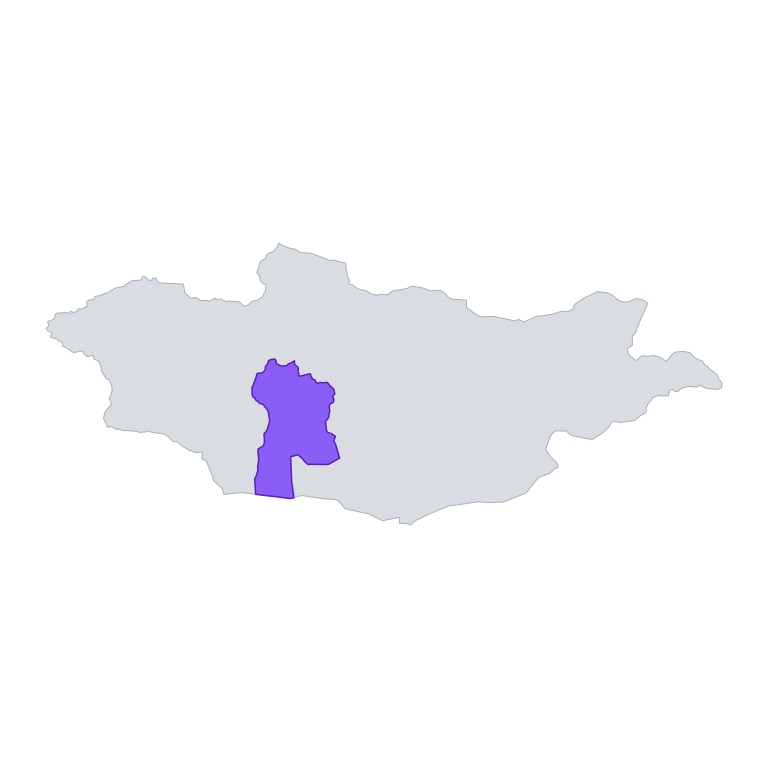 Mongolia, with Bayanhongor highlighted
{"feature_id": "MNG-3317", "entity_name": "Bayanhongor", "entity_type": "Province", "adm_level": 1, "iso_a3": "MNG", "parent_name": "Mongolia", "parent_adm1": "", "projection": "natural_earth1", "projection_center": [99.6, 45.149], "detail": "fine", "context": "in_parent", "style": "filled", "palette": "violet", "viewbox_px": 768, "rotation_deg": 0, "n_neighbors": 0, "source": "natural_earth", "source_scale": "10m", "svg_char_len": 6915}
<svg xmlns="http://www.w3.org/2000/svg" viewBox="0 0 768 768"><path d="M48.0,321.1L50.5,321.0L54.4,318.6L55.0,315.2L56.2,313.4L65.4,312.4L69.5,313.4L70.3,311.3L71.1,311.0L73.2,312.8L75.4,312.0L76.9,311.2L78.3,308.7L81.5,309.1L87.0,306.3L87.0,301.4L89.1,300.2L94.0,299.2L94.6,297.0L95.7,296.3L99.3,295.7L105.4,293.2L108.3,292.9L110.6,290.7L116.1,287.8L124.3,286.4L125.0,285.0L132.5,280.5L140.5,280.3L142.8,276.4L144.0,276.0L149.5,280.6L151.8,280.0L152.7,278.2L156.1,278.2L157.4,281.5L159.3,282.9L182.9,284.1L183.6,285.3L184.9,293.0L189.1,296.5L190.1,298.2L196.7,297.7L200.4,300.5L206.1,300.4L208.9,301.2L214.5,298.5L215.8,298.5L217.5,299.9L220.2,298.9L225.3,301.4L229.3,301.0L231.2,302.0L233.5,301.2L239.2,301.9L243.8,306.0L246.9,305.7L250.7,303.0L251.7,301.2L257.2,300.2L260.3,298.4L262.4,296.8L265.5,290.8L266.1,284.7L263.4,283.8L261.0,281.8L259.6,278.5L259.5,276.2L256.9,272.8L257.1,271.0L258.7,268.0L259.4,263.2L261.3,260.6L265.1,259.1L265.5,257.2L267.8,253.5L273.8,251.3L277.1,247.2L279.0,243.0L281.8,245.2L289.5,248.1L295.9,249.5L300.0,252.5L311.2,253.3L330.0,260.5L333.9,260.1L345.1,263.1L346.0,264.1L346.0,269.6L346.9,271.1L347.4,276.9L349.5,279.8L348.9,283.3L350.0,284.4L352.7,284.9L357.2,288.6L367.1,291.1L370.1,293.5L376.9,295.2L380.4,294.2L386.2,294.7L388.2,294.3L391.8,291.5L394.1,290.7L407.0,288.5L410.5,286.6L412.9,286.3L423.2,288.1L430.3,290.8L440.5,290.5L445.4,293.6L447.5,296.5L451.6,299.1L465.8,300.2L466.5,300.8L466.5,307.0L467.2,308.0L476.6,314.8L481.0,316.8L493.9,316.5L514.2,320.8L518.9,319.5L523.2,321.7L524.8,321.6L537.6,315.9L539.5,316.3L552.9,314.1L561.4,311.2L567.9,311.5L572.9,309.0L574.9,304.2L583.0,298.6L597.5,291.6L606.8,292.6L612.4,295.2L618.4,300.2L621.7,301.6L627.7,302.0L636.1,298.5L640.6,299.4L644.9,300.9L647.8,303.5L636.3,329.6L636.3,331.2L632.4,336.6L632.3,345.4L627.1,348.5L628.1,353.5L629.5,355.4L635.7,360.4L637.7,359.7L639.2,357.6L642.4,355.8L648.3,356.3L653.5,355.5L660.1,357.2L666.3,361.3L674.4,352.3L682.2,351.3L689.7,352.5L695.7,358.5L702.7,361.3L704.6,364.7L707.5,366.1L708.3,367.8L717.1,374.8L719.1,379.4L721.7,382.6L721.9,386.0L721.5,387.6L718.2,389.4L706.6,388.5L699.7,385.2L697.2,387.1L688.4,386.4L683.5,387.7L680.2,389.0L678.4,391.2L676.9,391.7L675.4,391.6L672.6,389.8L670.3,389.9L669.7,390.3L668.6,395.9L661.1,395.9L658.5,395.2L652.4,397.9L651.6,400.0L648.4,403.1L645.8,408.7L646.5,411.1L645.7,412.7L640.3,415.7L635.2,420.2L624.3,422.1L619.2,422.4L615.3,421.3L611.5,422.1L608.8,427.1L602.0,433.4L591.8,439.5L572.8,435.8L570.5,434.8L566.3,431.0L555.4,430.9L552.4,433.4L549.8,437.3L545.7,449.7L550.3,456.7L555.6,461.4L557.7,464.7L557.9,467.5L554.5,468.7L549.9,473.3L538.5,477.5L526.1,492.9L503.6,502.0L489.5,502.6L478.4,501.8L448.2,506.1L428.9,514.1L414.6,521.1L411.5,524.4L410.0,525.0L407.4,523.7L399.5,523.2L399.4,517.3L382.4,520.7L368.5,513.8L348.7,509.7L344.7,508.1L337.9,500.4L334.3,499.3L325.6,499.0L301.7,495.5L290.6,498.5L241.8,492.5L224.2,494.4L223.5,493.6L222.4,488.7L214.1,481.2L213.0,479.3L212.7,476.4L206.2,460.9L201.9,458.6L202.5,452.1L196.1,452.6L188.9,450.2L181.6,445.6L178.1,442.2L173.0,441.4L166.7,435.3L163.8,434.1L148.3,431.6L140.5,432.4L132.2,430.8L122.7,430.5L119.7,429.2L116.9,429.4L111.5,426.7L107.8,427.3L103.5,418.4L104.7,412.9L106.7,409.6L111.2,404.7L111.2,402.8L109.5,398.4L112.3,390.4L111.6,385.5L109.3,380.0L106.1,378.7L101.8,371.1L100.5,365.3L98.7,361.2L94.0,358.8L92.6,355.3L91.2,355.1L90.1,356.2L87.3,356.6L84.5,354.5L83.0,351.9L81.3,351.2L78.1,351.4L75.3,352.5L72.2,352.0L69.6,349.6L62.6,346.1L62.5,343.6L61.6,341.8L59.4,341.3L57.4,339.4L50.6,337.2L50.5,335.9L52.4,333.2L47.8,330.9L46.1,328.5L48.9,325.4L47.9,323.2L48.0,321.1Z" fill="#d9dde1" stroke="#a8b0b8" stroke-width="1"/><path d="M290.7,498.6L282.0,497.5L273.2,496.4L264.5,495.4L255.7,494.3L254.7,480.0L254.7,479.2L254.9,478.5L256.0,476.4L257.6,471.3L257.8,470.5L257.9,469.6L257.6,467.2L258.7,459.8L258.7,458.9L258.0,452.0L258.0,449.6L258.2,449.0L258.5,448.6L261.2,447.3L262.3,446.6L262.7,446.2L263.1,445.8L263.6,445.1L263.9,444.3L264.3,443.0L264.4,442.2L264.4,439.4L264.1,435.9L264.0,435.0L264.1,434.0L264.3,433.4L264.6,432.9L264.9,432.6L265.8,432.0L266.1,431.7L266.8,430.5L269.2,422.9L269.5,421.5L269.6,420.4L268.4,412.8L268.1,411.2L267.5,410.1L263.5,405.0L262.7,404.2L262.3,404.1L261.8,403.9L261.1,403.8L260.1,403.5L259.6,403.3L259.1,402.9L258.3,402.0L257.8,401.4L255.9,400.2L255.5,399.7L255.1,398.5L254.7,398.0L254.3,397.7L253.4,397.2L253.0,396.9L252.9,396.6L252.4,395.3L252.2,394.7L252.1,394.1L252.0,393.4L252.2,391.2L252.0,389.4L251.9,387.9L252.1,387.3L253.0,385.4L256.3,376.5L256.5,375.7L256.6,374.8L256.8,374.1L257.1,373.6L257.7,373.3L258.5,373.2L260.4,373.1L261.8,372.9L263.0,372.4L264.8,370.2L265.3,369.1L265.6,368.3L265.5,367.8L265.3,367.3L265.4,366.7L265.7,366.2L266.6,365.3L267.2,364.5L267.6,363.8L267.8,363.3L268.0,362.8L268.1,362.1L268.1,361.8L268.1,361.6L268.0,361.4L269.4,360.3L270.2,359.8L272.3,359.3L274.0,359.1L274.4,359.2L274.8,359.3L275.1,359.4L275.4,359.6L275.7,359.9L276.1,361.1L276.2,362.8L276.4,363.3L276.8,363.7L280.5,365.8L281.1,366.0L281.7,366.0L284.3,365.9L286.0,365.7L286.6,365.5L287.0,365.3L287.4,365.0L288.5,363.8L288.9,363.6L289.4,363.4L290.8,363.2L291.2,363.0L291.6,362.7L292.0,362.3L292.5,361.8L294.0,361.1L294.5,361.0L294.5,363.1L294.6,363.9L294.9,364.6L295.3,365.0L295.9,365.6L297.5,366.7L298.0,367.3L298.3,368.0L298.4,368.6L298.3,369.3L298.2,370.6L298.1,371.3L298.2,372.1L298.4,372.5L298.7,373.0L298.8,373.4L298.8,373.8L298.8,374.3L298.8,374.9L298.9,375.5L299.1,376.0L299.5,376.2L299.9,376.2L301.8,375.8L309.2,373.9L309.9,373.8L310.3,373.8L310.5,374.1L310.8,375.7L311.1,376.4L311.6,377.1L311.9,377.8L312.2,378.8L312.4,379.0L312.6,379.1L313.7,379.4L314.3,379.6L315.1,380.1L315.4,380.6L315.9,381.8L316.2,382.5L316.5,382.8L316.9,383.1L318.5,383.0L320.0,382.5L320.8,382.5L323.1,382.9L324.1,382.8L326.7,382.3L327.2,382.5L328.5,383.7L329.3,385.0L329.6,385.4L332.0,387.4L334.0,389.6L334.2,391.8L334.3,392.2L334.5,392.7L334.7,393.1L334.9,393.5L334.8,393.9L332.9,396.1L332.6,396.8L332.8,397.3L333.1,397.5L333.4,398.0L333.6,398.6L333.8,400.0L333.8,401.1L333.7,401.6L333.5,401.9L333.1,402.4L332.6,402.8L331.9,403.1L330.8,403.5L330.4,403.8L330.0,404.3L329.7,404.8L329.4,405.5L329.3,406.1L329.3,408.4L329.6,409.8L329.7,410.7L329.7,411.8L328.8,414.7L328.8,416.1L328.8,416.7L328.1,418.4L327.1,419.7L325.9,420.7L325.7,421.1L325.5,421.5L325.5,422.0L325.8,423.4L325.9,424.0L325.8,424.8L325.9,425.2L326.0,425.7L326.2,428.5L326.4,429.5L326.7,430.8L326.9,431.3L327.2,431.9L327.6,432.3L328.2,432.6L330.8,433.4L332.2,434.1L333.0,434.8L335.0,435.9L335.4,436.6L334.9,438.1L334.0,440.0L334.0,440.3L333.9,440.7L334.0,441.2L334.3,441.9L335.3,443.8L335.9,445.4L339.6,458.1L329.0,464.1L327.9,464.4L327.4,464.5L310.9,464.3L309.0,464.6L307.5,464.1L304.4,461.2L302.0,458.3L298.3,455.2L298.0,455.0L297.7,455.0L297.4,455.0L291.0,456.6L290.8,456.8L290.7,457.1L290.7,458.8L291.7,481.3L293.9,497.7L290.7,498.6Z" fill="#8b5cf6" stroke="#5b21b6" stroke-width="1.5"/></svg>